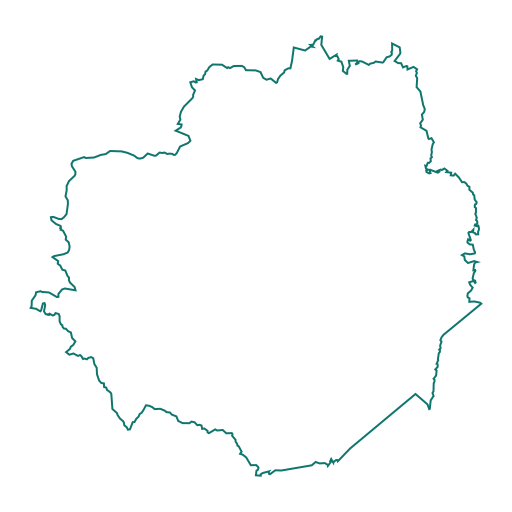 outline of Atengo, Jalisco, Mexico
{"feature_id": "50627088B38886465943482", "entity_name": "Atengo", "entity_type": "district", "adm_level": 2, "iso_a3": "MEX", "parent_name": "Mexico", "parent_adm1": "Jalisco", "projection": "orthographic", "projection_center": [-104.254, 20.32], "detail": "fine", "context": "isolated", "style": "outline", "palette": "teal", "viewbox_px": 512, "rotation_deg": 0, "n_neighbors": 0, "source": "geoboundaries", "source_scale": "gbopen_adm2", "svg_char_len": 5911}
<svg xmlns="http://www.w3.org/2000/svg" viewBox="0 0 512 512"><path d="M392.1,43.5L392.2,50.4L391.3,51.9L391.8,52.4L391.7,54.7L389.7,56.4L386.6,57.3L383.3,62.2L382.5,62.6L375.6,61.5L373.9,62.8L370.3,63.6L368.8,64.9L362.1,61.5L359.7,61.2L358.5,61.8L358.5,63.2L355.3,64.6L357.5,62.2L357.1,60.5L348.8,60.8L349.8,65.9L347.4,69.5L347.2,73.8L346.6,73.9L342.8,70.9L343.3,67.3L341.4,61.7L337.8,60.6L338.7,59.1L337.3,56.2L336.2,56.1L336.5,54.7L329.6,58.9L321.3,44.9L322.1,36.6L320.7,36.3L318.7,38.9L317.4,38.9L315.7,40.7L315.3,40.4L313.2,44.7L310.5,44.9L312.8,46.8L310.8,46.5L305.1,50.5L293.8,47.5L292.0,61.1L290.4,68.3L288.4,68.3L284.7,70.3L284.1,72.5L280.4,75.6L278.0,79.1L277.1,82.3L276.1,82.9L270.7,78.5L266.5,79.7L263.2,77.8L260.5,72.1L255.7,70.4L245.9,70.2L244.3,67.3L241.9,65.9L233.8,66.0L230.0,68.1L228.2,67.2L227.2,68.1L222.0,64.7L212.6,64.5L209.4,67.0L207.2,70.6L205.6,71.5L205.0,74.3L203.6,75.6L202.8,79.2L198.8,80.1L196.1,79.0L196.7,82.3L195.8,82.5L193.7,81.3L190.3,82.3L192.0,87.4L195.0,90.4L193.1,94.9L193.2,96.6L192.7,97.8L183.9,106.7L181.0,111.7L179.7,116.6L180.4,119.6L177.8,123.9L181.6,124.5L181.3,126.4L180.7,127.5L175.7,130.7L188.5,135.9L190.4,140.8L188.0,143.1L180.1,146.5L176.8,153.0L175.2,154.8L173.6,154.9L172.4,153.9L169.6,153.6L167.3,154.0L164.4,152.5L162.8,153.0L159.5,152.6L156.0,155.6L154.5,155.8L147.7,153.5L143.2,157.7L140.0,158.6L137.5,158.2L134.1,155.6L127.3,152.8L121.6,151.4L110.1,151.0L105.7,154.1L100.8,154.9L94.1,157.5L85.8,158.0L84.2,157.1L73.2,160.8L71.5,163.8L71.9,166.2L75.4,171.7L75.4,174.0L74.7,175.7L69.0,181.1L66.6,186.1L66.7,190.2L65.5,196.4L67.8,200.3L67.9,204.3L66.5,214.1L64.1,217.1L61.5,219.1L59.0,219.0L53.3,216.9L50.9,217.2L51.5,220.3L56.0,224.0L60.5,225.9L61.0,227.1L60.2,228.1L61.1,229.0L60.7,229.8L62.9,230.6L63.9,232.3L66.2,236.8L65.7,239.6L68.7,242.3L69.6,246.5L69.2,249.8L67.7,252.5L63.7,254.2L54.1,256.1L52.5,257.1L58.2,261.1L57.7,263.7L60.3,265.6L62.3,269.7L65.3,270.5L67.5,275.9L69.0,277.6L68.9,280.1L69.9,282.5L74.6,287.0L75.5,290.3L64.9,288.5L62.0,289.5L58.4,294.0L58.4,296.9L56.8,297.0L49.1,292.5L41.8,291.9L40.6,291.2L36.1,292.3L35.5,295.3L31.8,300.6L31.6,306.2L30.7,307.9L36.0,308.8L40.3,311.3L41.1,310.5L42.9,303.5L44.5,303.1L45.2,305.2L44.0,311.3L45.5,313.9L46.3,314.4L48.9,314.1L48.6,314.9L49.2,314.9L49.7,313.8L52.7,315.5L54.5,314.8L55.5,313.1L58.7,314.0L59.6,316.1L59.6,321.3L60.9,324.3L62.3,325.2L62.6,327.0L63.9,328.5L66.0,328.8L68.0,331.1L70.9,332.5L72.1,338.0L75.4,341.4L73.2,345.0L70.7,346.8L70.1,348.8L66.1,352.1L69.3,354.7L73.5,353.5L77.9,355.9L80.0,355.1L81.3,356.0L83.0,359.0L84.1,358.5L86.9,359.3L88.3,357.9L91.1,357.1L93.2,358.2L94.4,364.1L96.7,367.8L97.0,374.3L99.1,380.5L101.3,383.0L103.9,383.4L104.1,387.0L106.2,387.6L107.0,389.9L110.5,392.5L111.3,393.8L112.4,409.0L117.0,413.1L117.6,415.1L120.1,418.7L122.9,421.0L123.9,422.5L124.3,425.3L126.8,427.3L127.9,429.7L130.0,429.3L132.7,422.2L134.5,422.0L136.3,418.8L138.6,416.6L139.7,414.0L141.5,412.9L143.2,410.5L146.0,405.3L149.3,405.8L152.4,407.2L154.6,409.1L160.3,408.8L164.9,410.7L166.4,412.1L169.9,412.5L171.8,414.6L176.4,416.4L178.2,420.9L182.5,423.1L189.4,423.2L191.5,421.6L194.6,422.3L197.3,425.2L199.4,424.8L201.5,425.5L202.2,428.9L204.3,428.5L207.5,430.8L207.6,432.4L208.9,433.2L215.2,429.4L217.1,430.5L222.7,430.0L226.3,433.3L231.8,433.1L232.5,434.2L232.1,435.7L235.5,439.8L235.6,441.7L237.2,443.9L237.4,445.6L238.7,446.3L241.6,451.7L240.1,453.8L242.7,454.7L246.2,457.4L250.8,465.2L256.2,465.1L257.9,466.7L258.5,468.0L257.8,469.9L256.5,470.6L255.9,475.3L260.7,475.7L260.7,474.3L262.8,473.0L268.9,471.4L268.5,471.9L269.3,474.1L270.0,474.2L275.3,470.3L281.4,470.5L311.8,465.3L315.6,462.0L319.6,463.4L324.8,463.1L327.6,464.7L327.9,465.9L330.8,462.0L330.1,461.3L331.2,459.0L333.4,462.8L333.6,461.9L336.2,460.0L337.4,460.1L337.8,461.3L350.1,448.5L415.5,394.0L427.5,404.4L429.2,409.1L429.8,408.8L430.7,400.3L433.6,396.0L432.5,393.0L433.5,391.3L433.7,383.4L434.5,381.5L434.5,379.7L433.6,378.8L436.1,375.5L436.6,370.6L435.3,369.5L437.6,366.9L437.7,364.9L437.3,363.7L436.7,363.7L438.2,360.2L437.9,359.4L438.8,353.2L439.9,351.9L439.9,350.2L439.2,349.7L440.6,348.1L440.1,345.8L441.5,341.5L440.4,340.2L441.5,337.4L443.4,334.9L481.3,303.7L480.1,302.7L474.6,301.5L469.3,301.8L469.5,298.3L467.7,297.3L467.4,295.9L467.8,293.4L471.0,290.6L472.7,287.7L470.2,284.8L469.2,282.3L473.1,281.1L474.3,281.6L475.1,283.0L475.6,282.6L475.1,280.7L473.2,279.9L472.6,278.5L473.8,273.2L475.4,270.8L475.1,270.0L473.4,270.3L474.1,264.3L475.4,262.4L477.1,262.0L474.1,261.1L468.0,263.0L464.8,260.0L464.3,256.4L462.0,255.1L464.9,253.4L469.9,254.3L474.8,253.4L475.1,252.3L473.9,250.0L472.8,244.7L469.8,244.4L467.5,242.6L467.4,241.6L468.1,239.3L470.1,240.7L470.8,240.1L468.4,233.0L469.1,232.0L471.1,232.1L473.3,229.7L473.0,232.3L475.1,233.2L475.7,234.3L478.2,234.3L478.1,231.9L479.0,229.1L478.6,226.4L478.3,225.7L477.1,226.3L474.7,225.5L475.2,224.4L476.7,224.4L477.4,222.9L477.0,220.9L476.0,220.0L476.8,217.8L475.3,213.8L475.9,212.8L476.0,208.1L474.7,207.0L474.9,204.5L476.1,204.0L476.7,202.3L474.7,199.6L474.2,195.2L473.1,194.4L472.8,192.7L469.4,189.8L469.4,186.8L467.5,185.8L466.4,183.7L464.4,182.1L462.0,182.2L459.0,177.6L455.2,173.7L453.6,175.6L450.7,175.3L451.2,172.7L446.4,172.1L447.4,170.8L444.4,168.5L441.9,170.0L440.7,169.6L437.8,170.8L439.2,171.7L437.8,172.7L430.0,169.7L429.5,170.3L430.5,173.1L429.2,173.4L426.6,172.1L426.2,170.8L428.0,169.6L426.0,168.7L425.3,165.7L426.5,166.1L427.8,162.8L429.0,162.9L430.8,161.3L430.5,158.4L431.9,157.2L431.2,155.4L431.9,152.1L431.5,149.6L432.7,144.3L433.9,142.3L431.5,138.2L428.9,139.0L428.3,138.3L426.5,130.8L420.5,127.3L421.0,125.5L420.2,123.3L422.8,119.7L421.9,114.6L424.2,111.9L424.8,109.0L423.2,105.1L420.4,91.5L416.6,87.1L417.2,78.1L415.8,75.7L416.9,72.9L416.1,71.2L417.1,69.3L413.5,66.9L407.5,69.5L407.3,66.3L406.4,66.0L403.0,67.4L401.1,63.2L398.1,63.1L394.6,61.0L399.9,54.1L400.4,52.8L399.7,47.4L392.1,43.5Z" fill="none" stroke="#0f766e" stroke-width="2"/></svg>